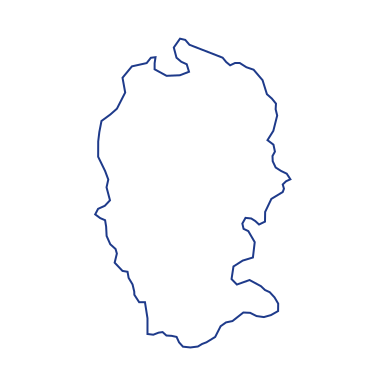 Pazardzhik, Robinson projection, rotated 169°
{"feature_id": "BGR-2234", "entity_name": "Pazardzhik", "entity_type": "Province", "adm_level": 1, "iso_a3": "BGR", "parent_name": "Bulgaria", "parent_adm1": "", "projection": "robinson", "projection_center": [24.121, 42.158], "detail": "fine", "context": "isolated", "style": "outline", "palette": "blue", "viewbox_px": 384, "rotation_deg": 169, "n_neighbors": 0, "source": "natural_earth", "source_scale": "10m", "svg_char_len": 1575}
<svg xmlns="http://www.w3.org/2000/svg" viewBox="0 0 384 384"><g transform="rotate(169 192 192)"><path d="M262.8,61.1L259.8,76.5L259.2,92.8L264.9,93.9L268.2,102.1L267.7,105.3L268.0,112.6L270.6,119.8L270.5,126.0L275.3,127.8L281.4,137.4L277.5,145.9L277.9,150.6L282.2,156.3L284.2,165.1L282.9,174.4L282.7,180.9L287.1,183.9L291.3,188.5L287.4,193.4L280.2,195.1L274.1,199.5L275.0,212.9L271.8,220.2L273.3,229.2L277.4,244.5L274.4,259.6L271.5,268.6L267.3,279.0L257.5,283.6L249.8,288.1L238.6,302.4L238.4,317.4L227.0,326.8L211.9,327.2L206.8,331.6L202.1,331.3L204.1,325.6L205.3,319.6L194.8,310.9L181.6,308.9L172.0,310.6L172.8,318.4L177.7,321.9L181.6,326.8L182.3,337.3L174.5,344.8L169.6,342.6L166.4,337.0L136.3,318.0L133.6,313.0L130.4,309.1L125.2,310.4L120.5,309.5L114.8,304.1L108.2,300.3L101.4,288.3L99.8,273.7L95.8,268.5L92.7,262.7L94.1,257.3L93.8,250.8L100.5,236.5L108.0,228.5L103.0,222.9L102.9,215.8L106.1,212.0L106.9,206.8L105.2,200.1L100.6,195.7L95.5,191.9L93.0,185.7L97.6,184.6L101.5,182.1L101.1,177.7L102.9,174.7L115.4,170.1L124.0,158.5L126.0,149.0L132.4,147.3L135.4,151.4L138.9,154.7L144.4,156.4L148.6,151.4L148.4,146.0L144.2,142.9L140.0,130.8L144.7,116.1L155.3,115.0L165.5,111.0L169.8,99.0L165.6,92.6L152.3,94.6L142.3,86.4L139.1,81.9L134.8,78.8L131.1,72.8L128.7,66.0L130.2,58.7L138.0,56.1L145.3,55.5L152.3,57.9L158.0,62.3L164.6,63.9L176.9,57.6L183.5,57.5L189.5,54.8L196.9,45.3L206.5,41.7L211.1,40.9L215.7,39.2L223.2,39.7L230.4,41.9L233.4,46.9L234.8,52.7L239.5,54.7L244.5,56.0L247.6,60.1L251.6,60.3L257.2,59.3L262.8,61.1Z" fill="none" stroke="#1e3a8a" stroke-width="2"/></g></svg>